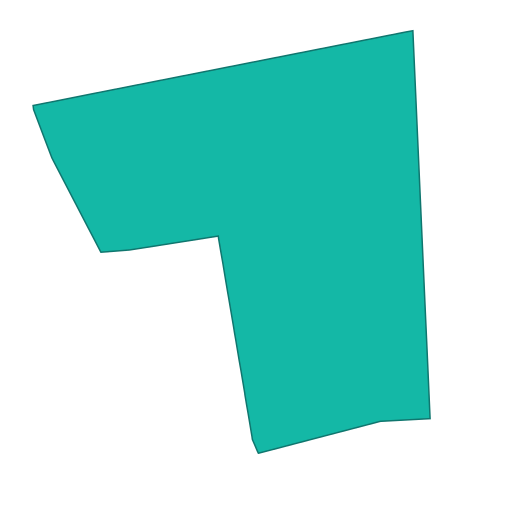 outline of Al Koma, North Darfur, Sudan, rotated 170°
{"feature_id": "16777658B3899711101955", "entity_name": "Al Koma", "entity_type": "district", "adm_level": 2, "iso_a3": "SDN", "parent_name": "Sudan", "parent_adm1": "North Darfur", "projection": "robinson", "projection_center": [27.366, 14.121], "detail": "fine", "context": "isolated", "style": "filled", "palette": "teal", "viewbox_px": 512, "rotation_deg": 170, "n_neighbors": 0, "source": "geoboundaries", "source_scale": "gbopen_adm2", "svg_char_len": 1018}
<svg xmlns="http://www.w3.org/2000/svg" viewBox="0 0 512 512"><g transform="rotate(170 256 256)"><path d="M408.1,286.7L407.4,286.6L406.4,286.5L402.5,286.1L400.7,285.9L400.0,285.9L399.2,285.8L397.3,285.6L383.8,284.3L383.1,284.2L382.3,284.2L381.5,284.1L381.0,284.0L380.7,284.0L380.2,284.0L379.7,283.9L374.4,283.8L344.0,283.2L340.3,283.1L338.6,283.1L289.7,282.2L289.8,280.0L289.9,266.4L289.9,257.2L289.9,254.4L290.1,237.1L290.2,224.4L290.2,218.7L290.3,203.6L290.3,202.9L290.4,189.1L290.5,183.8L290.5,180.6L290.5,180.3L290.5,177.0L290.6,167.3L290.6,166.5L290.7,156.9L290.7,152.0L290.7,146.0L290.9,122.0L291.0,121.6L291.1,110.7L291.1,103.1L291.1,102.3L291.2,90.5L291.3,82.3L291.3,80.1L291.3,79.8L291.3,78.6L291.4,77.0L291.4,75.8L291.3,75.4L290.3,71.3L288.6,63.9L287.9,61.4L287.1,61.4L162.2,71.6L112.8,65.6L104.3,130.4L99.0,171.2L62.4,450.6L69.7,450.6L383.7,444.3L449.4,442.9L449.6,438.8L444.1,409.6L440.0,388.2L439.0,384.9L416.6,313.6L413.8,304.8L408.1,286.7Z" fill="#14b8a6" stroke="#0f766e" stroke-width="1.5"/></g></svg>